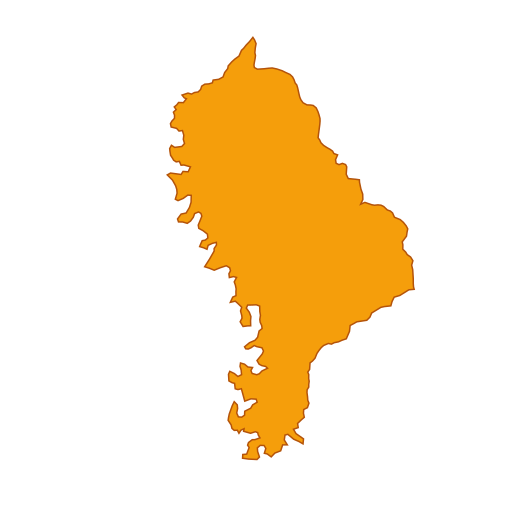 outline of Clevelândia, Paraná, Brazil, rotated 225°
{"feature_id": "56859067B10537536811182", "entity_name": "Clevelândia", "entity_type": "district", "adm_level": 2, "iso_a3": "BRA", "parent_name": "Brazil", "parent_adm1": "Paraná", "projection": "natural_earth1", "projection_center": [-52.368, -26.309], "detail": "fine", "context": "isolated", "style": "filled", "palette": "amber", "viewbox_px": 512, "rotation_deg": 225, "n_neighbors": 0, "source": "geoboundaries", "source_scale": "gbopen_adm2", "svg_char_len": 4835}
<svg xmlns="http://www.w3.org/2000/svg" viewBox="0 0 512 512"><g transform="rotate(225 256 256)"><path d="M286.7,221.1L284.7,212.1L280.5,214.3L275.5,216.4L273.0,222.4L270.1,228.1L266.3,229.1L263.6,227.5L262.6,224.3L259.6,221.9L257.4,225.5L254.6,227.1L253.1,222.3L250.1,220.9L246.8,218.7L245.1,216.7L242.1,213.8L243.4,210.5L241.4,205.1L238.7,209.4L236.0,209.6L229.9,209.7L228.1,206.2L223.9,203.8L221.9,202.1L220.7,198.3L215.3,197.0L212.4,200.8L210.4,202.9L214.1,206.4L216.8,209.6L221.0,211.5L226.0,212.3L227.2,215.4L224.3,218.4L221.3,221.7L218.0,223.2L214.0,219.4L210.9,217.2L208.4,213.8L206.2,212.1L202.7,210.8L200.4,209.0L200.8,205.2L197.4,199.7L197.1,195.7L199.3,190.1L199.9,183.7L197.6,183.1L195.7,184.7L194.6,187.7L194.0,191.4L191.3,192.5L186.9,195.3L183.5,194.1L182.3,191.1L181.4,182.8L177.3,181.7L174.4,182.6L171.1,184.7L168.5,184.8L170.5,178.9L170.4,175.1L171.5,172.6L175.7,170.2L178.6,171.4L179.6,174.7L183.2,171.8L187.6,171.4L191.3,169.4L189.3,166.7L185.8,164.8L182.3,161.9L183.6,158.0L188.1,157.6L193.0,155.9L191.8,152.9L186.8,148.5L183.3,149.5L181.1,150.8L176.8,147.4L174.3,148.8L172.5,151.8L161.3,145.4L158.6,151.4L154.6,154.9L151.8,153.4L153.1,148.4L152.1,144.6L154.2,138.3L151.5,135.3L152.2,131.9L154.7,129.8L158.6,131.3L161.2,135.2L164.0,137.5L168.4,137.6L166.9,133.3L163.2,125.4L161.1,122.2L159.5,120.1L154.2,119.0L151.1,117.1L148.1,117.3L146.0,119.6L142.7,118.6L143.5,122.2L142.3,125.4L140.8,123.3L134.5,126.8L132.2,131.3L129.9,132.3L127.8,131.0L124.6,130.2L126.9,125.4L128.8,123.4L129.4,118.8L128.2,116.3L125.4,115.7L124.2,113.0L122.5,109.3L125.0,106.3L122.5,103.5L117.6,107.2L111.4,112.8L111.4,116.3L116.6,118.9L119.4,121.3L119.1,125.1L116.3,127.7L113.0,126.9L110.6,122.4L108.0,124.0L103.2,124.7L103.3,130.0L100.8,135.7L103.6,141.3L100.3,144.6L105.9,145.9L108.9,149.9L107.4,152.4L99.8,153.1L94.4,155.2L89.9,156.4L93.1,160.3L102.1,158.7L107.0,160.0L104.8,164.5L108.2,167.0L108.1,172.2L107.8,176.1L111.3,178.4L113.7,181.2L112.4,185.1L114.5,189.4L117.4,190.6L120.0,192.9L123.4,195.5L125.3,197.6L126.0,200.6L127.9,202.5L129.8,205.0L132.0,206.5L134.9,209.5L137.3,210.5L137.9,213.7L142.2,218.6L141.8,221.7L142.0,225.5L144.0,230.2L144.7,233.8L145.1,237.4L144.9,240.6L143.0,245.3L140.3,247.1L139.4,250.0L137.0,253.6L135.6,257.3L133.6,261.3L136.6,268.8L140.3,273.4L139.1,277.3L138.2,280.7L132.2,288.9L132.2,293.3L133.9,297.5L131.4,308.0L129.4,311.1L125.4,316.1L127.6,320.0L129.2,324.6L126.4,329.8L124.0,340.2L120.6,344.3L122.7,345.5L125.4,347.8L128.7,351.1L135.6,357.2L139.5,359.6L141.7,363.6L146.0,364.6L150.1,363.9L152.9,364.6L157.0,364.6L160.1,367.8L162.6,369.4L163.6,376.4L166.0,379.6L167.9,382.5L171.1,383.5L175.6,384.0L179.8,383.7L185.5,381.3L189.9,383.0L192.8,382.8L195.7,381.4L200.7,381.3L203.6,380.3L206.0,378.3L208.1,375.7L210.4,374.1L216.9,370.9L218.6,366.6L220.4,371.5L224.3,375.2L229.1,377.5L234.9,381.3L236.8,383.0L239.8,380.7L245.5,376.0L250.0,377.6L254.9,383.2L257.3,384.0L260.4,382.6L261.9,379.3L264.9,378.2L267.9,380.4L269.8,385.2L273.4,383.5L276.0,384.3L279.1,383.8L282.2,382.9L286.4,382.0L290.2,382.0L293.1,383.1L295.7,383.5L298.0,386.4L300.9,390.2L303.9,394.1L306.1,396.7L308.0,398.5L311.3,400.4L314.3,401.9L318.2,403.3L322.0,402.9L324.1,401.4L326.8,398.9L331.1,397.6L334.7,398.2L337.4,399.3L339.9,400.8L342.7,402.6L345.7,404.5L348.2,405.8L350.6,406.0L353.9,407.6L356.8,408.5L360.4,408.4L364.9,406.7L368.5,405.5L370.7,404.4L373.5,403.0L377.5,400.4L380.0,397.5L382.7,394.1L387.1,389.1L390.4,388.1L392.4,389.5L393.9,391.5L396.2,394.9L398.1,397.4L400.5,398.9L403.6,402.6L406.1,406.2L409.9,407.8L412.8,408.4L412.2,403.0L412.1,398.2L411.6,394.0L411.7,391.2L409.4,385.3L410.2,380.3L410.4,376.1L410.1,370.8L408.5,368.5L407.9,363.6L405.9,359.3L407.3,354.6L410.7,350.1L409.3,347.6L411.1,344.3L413.7,341.3L414.5,337.7L412.9,334.6L412.9,331.1L415.1,328.1L416.1,324.9L419.3,323.1L422.1,317.5L418.5,317.1L416.4,318.0L415.8,313.1L419.3,309.8L418.9,306.9L419.2,303.6L416.0,303.1L416.1,299.3L413.2,298.0L411.0,295.7L410.9,292.1L410.1,289.1L407.2,287.2L402.4,290.1L398.8,289.9L396.7,292.7L392.4,290.3L389.9,287.1L386.1,285.0L385.9,281.0L390.3,275.3L394.1,274.5L393.0,270.9L390.9,269.2L387.6,266.8L384.2,266.1L382.0,265.5L379.0,266.1L377.1,268.7L373.2,267.2L371.3,269.4L365.4,272.7L363.5,267.6L367.4,264.2L366.6,260.7L375.1,254.2L376.1,250.6L371.3,250.6L368.7,250.6L362.4,248.8L359.0,247.0L356.2,244.6L353.2,239.1L350.3,240.0L348.2,245.2L347.3,250.8L344.7,253.1L339.9,248.1L337.4,243.3L335.8,237.0L338.6,232.7L337.7,226.7L334.9,225.3L331.9,228.2L327.7,230.5L327.0,234.4L327.7,239.0L329.4,242.6L327.8,246.5L325.1,247.2L322.5,245.9L320.9,242.3L318.7,237.0L316.0,235.1L311.2,236.5L305.8,237.1L302.8,234.7L303.1,231.4L304.9,228.8L303.6,225.4L302.5,222.8L298.8,224.8L295.4,226.1L297.4,229.7L295.8,234.1L293.7,237.6L291.7,235.8L290.9,231.7L289.1,229.9L286.7,221.1Z" fill="#f59e0b" stroke="#b45309" stroke-width="1.5"/></g></svg>